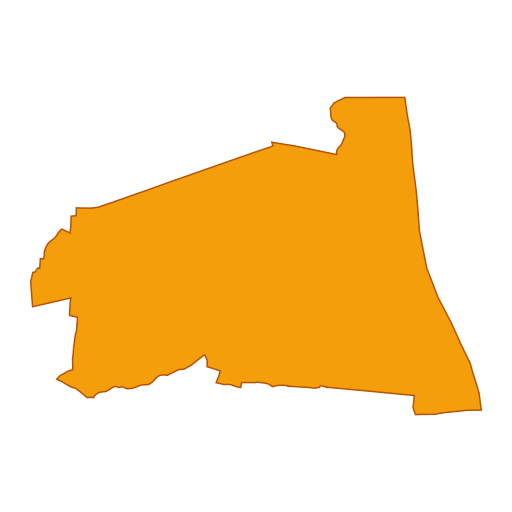 Sabanagrande, Atlántico, Colombia
{"feature_id": "7082276B21965352685989", "entity_name": "Sabanagrande", "entity_type": "district", "adm_level": 2, "iso_a3": "COL", "parent_name": "Colombia", "parent_adm1": "Atlántico", "projection": "orthographic", "projection_center": [-74.78, 10.803], "detail": "fine", "context": "isolated", "style": "filled", "palette": "amber", "viewbox_px": 512, "rotation_deg": 0, "n_neighbors": 0, "source": "geoboundaries", "source_scale": "gbopen_adm2", "svg_char_len": 5987}
<svg xmlns="http://www.w3.org/2000/svg" viewBox="0 0 512 512"><path d="M76.3,207.9L76.3,208.1L76.3,209.8L76.1,215.6L71.1,216.2L70.8,226.5L70.0,233.0L61.8,229.1L61.4,229.4L59.4,231.3L58.3,232.8L57.6,233.9L56.7,235.3L55.9,236.4L55.2,237.3L54.2,238.3L53.4,239.0L52.4,239.8L51.4,240.4L50.5,241.2L49.9,241.7L49.0,242.5L48.1,243.5L47.4,244.4L46.7,245.6L46.2,246.8L45.6,248.0L45.2,249.1L44.9,250.0L44.6,251.0L44.4,251.7L44.3,252.7L44.3,253.2L44.3,254.0L44.4,255.0L43.6,258.9L40.4,258.5L39.7,268.3L37.6,268.1L34.9,272.2L32.9,272.3L30.7,281.5L32.5,306.1L32.6,306.7L71.0,297.9L70.2,302.0L69.5,315.4L77.4,317.2L77.3,323.5L76.9,323.5L76.9,323.9L76.9,324.4L76.9,325.5L76.9,326.6L76.8,327.9L76.7,329.1L76.6,330.1L76.4,331.4L75.9,332.8L75.4,334.7L75.3,335.5L74.8,338.4L74.5,340.9L74.3,343.3L73.9,345.7L73.6,347.5L73.6,348.9L73.4,350.2L73.3,351.9L73.3,353.2L73.1,354.5L73.0,355.6L72.8,356.1L72.8,356.5L72.8,357.3L72.6,358.7L72.5,359.7L72.5,360.2L72.6,361.4L72.8,369.7L70.9,370.1L69.3,370.7L68.2,371.1L67.2,371.6L66.3,372.1L65.5,372.6L64.4,373.3L63.8,373.8L63.1,374.1L62.3,374.4L61.6,374.7L60.6,375.3L59.1,376.5L58.5,377.1L57.6,378.2L57.2,378.6L56.7,379.2L57.1,379.5L58.8,380.3L61.4,381.3L63.0,382.3L64.1,382.9L64.9,383.5L67.3,384.8L71.0,386.9L71.5,387.1L73.8,387.8L75.4,388.2L76.6,389.1L79.1,390.9L81.2,392.6L82.0,393.4L84.7,395.5L86.3,396.8L87.4,397.7L87.8,397.6L89.1,397.4L90.7,397.4L92.7,397.6L93.7,397.7L94.0,397.0L94.4,396.1L95.1,395.3L95.7,394.7L96.2,394.4L96.7,393.9L97.5,393.3L98.5,392.8L99.7,392.4L100.5,392.1L101.4,392.0L102.9,391.8L104.1,391.7L104.7,391.7L105.6,391.5L106.5,391.2L107.7,390.6L108.7,390.0L109.6,389.5L110.9,388.5L112.0,387.9L113.1,387.2L114.4,386.6L115.3,386.5L116.1,386.5L117.0,386.7L118.1,387.3L119.0,387.5L119.4,387.5L119.9,387.4L120.9,387.0L121.9,386.7L122.5,386.8L123.4,387.1L124.5,387.7L125.8,388.2L126.3,388.3L126.7,388.7L128.8,388.7L130.6,388.4L132.3,388.2L133.9,387.8L136.3,387.0L138.2,386.2L139.9,385.5L141.1,385.1L142.2,384.9L143.1,384.8L144.5,384.7L146.0,384.7L147.4,384.7L148.0,384.6L148.9,384.3L150.0,383.6L151.2,382.9L152.4,381.9L153.8,380.7L155.0,379.2L156.4,377.8L157.6,376.7L158.3,376.2L158.9,375.9L159.6,375.6L160.8,375.2L161.4,375.1L162.4,375.0L163.5,374.9L164.7,375.0L165.2,375.0L165.7,375.2L166.4,375.3L166.7,375.3L167.4,375.2L168.3,374.8L169.6,374.1L171.1,373.4L173.0,372.4L175.1,371.3L177.6,370.1L178.7,369.6L179.5,369.4L180.4,369.3L182.7,369.3L183.4,369.3L184.0,369.2L184.5,368.9L185.8,368.2L188.1,366.9L189.8,366.0L191.7,364.9L193.3,363.5L195.1,362.1L196.9,360.7L199.0,359.0L201.1,357.3L203.6,355.4L204.4,354.8L205.1,355.7L206.1,357.6L206.7,358.9L207.1,360.1L207.2,360.8L207.2,362.1L207.1,365.6L207.1,366.7L208.2,367.0L210.4,367.7L213.4,368.6L216.5,369.7L219.1,370.5L220.2,370.9L219.6,373.1L218.9,375.8L218.6,376.7L217.9,378.4L216.6,381.4L216.1,382.7L217.4,383.0L219.7,383.5L221.1,383.8L222.7,384.2L223.3,384.4L224.0,384.6L224.4,384.6L224.8,384.6L225.4,384.5L226.7,384.4L227.8,384.4L229.9,384.5L231.4,384.8L233.0,385.4L234.5,386.0L236.7,386.7L237.7,387.0L239.1,387.3L240.7,387.5L241.3,383.8L241.4,383.0L241.6,382.6L244.9,382.6L251.3,382.6L255.4,382.6L255.8,382.3L256.3,382.1L256.8,382.1L257.6,382.2L259.4,382.5L261.2,382.7L263.7,382.9L265.9,383.3L268.2,384.0L269.6,384.6L270.7,385.4L271.6,386.2L272.1,386.4L272.6,386.6L273.3,386.6L274.5,386.1L275.3,385.9L277.0,385.6L278.9,385.3L280.9,385.3L282.7,385.2L284.5,385.4L285.3,385.5L286.0,385.5L286.4,385.5L287.2,385.6L287.8,385.7L287.7,386.2L287.9,386.2L289.6,386.3L291.5,386.4L293.5,386.6L295.2,386.6L295.7,386.7L298.5,386.8L299.3,386.9L300.4,387.0L303.1,387.1L304.0,387.2L305.2,387.3L307.8,387.4L309.1,387.5L310.8,387.7L312.5,388.0L313.6,388.0L314.8,388.1L315.3,388.1L315.9,388.0L317.1,387.8L317.8,387.7L318.0,387.6L318.8,387.5L319.5,387.5L319.5,387.3L319.5,387.0L320.4,385.8L323.0,385.8L323.3,386.2L323.8,386.5L324.4,386.6L325.3,386.6L326.2,386.6L326.2,387.3L326.3,387.3L327.3,387.3L351.4,389.5L414.4,395.5L413.0,407.8L415.5,414.6L422.8,414.4L434.6,414.3L444.5,412.6L468.1,410.2L481.3,410.1L479.1,393.2L476.8,385.3L472.6,372.1L470.2,363.3L461.5,345.5L451.1,322.5L437.7,296.8L433.2,284.8L426.8,268.3L424.0,254.1L419.5,231.2L418.7,221.2L417.8,208.4L416.5,193.7L415.8,187.6L412.8,164.3L411.3,142.7L410.1,129.8L407.6,116.9L406.9,112.5L404.8,97.4L404.4,97.4L345.0,97.5L344.8,97.6L342.3,98.9L341.5,99.2L340.6,99.6L339.7,100.0L338.9,100.4L338.0,100.7L337.2,101.2L335.7,102.2L334.5,102.8L333.6,103.3L333.3,104.1L332.7,104.9L332.0,105.6L331.5,106.5L330.9,107.3L330.2,108.1L330.4,109.9L330.7,111.8L330.7,113.0L330.8,114.1L330.8,115.0L331.1,116.9L331.2,117.8L331.5,118.6L332.0,119.5L333.2,121.0L333.9,121.5L334.0,121.6L334.7,121.7L335.5,122.0L336.2,122.8L336.7,123.6L337.1,124.6L337.2,126.4L338.4,128.0L339.9,129.1L340.7,129.6L341.7,130.0L342.4,130.7L343.1,131.3L343.9,131.9L344.5,132.7L344.7,133.9L344.8,134.8L344.8,135.7L344.8,136.7L344.5,137.6L343.8,138.7L343.3,139.8L343.1,140.8L342.7,141.6L342.3,142.4L342.0,143.3L341.6,144.1L341.1,144.9L340.5,145.7L339.8,146.4L339.1,147.0L338.4,147.7L337.9,148.5L337.0,150.2L336.5,152.0L336.5,153.0L336.7,153.9L336.8,153.9L336.4,154.5L293.9,145.8L291.9,145.5L290.1,145.2L285.5,144.5L278.9,143.4L274.1,142.6L271.8,142.2L272.0,143.0L272.6,145.1L272.8,145.8L271.4,146.6L266.9,148.2L263.7,149.2L261.1,150.1L255.4,152.0L252.9,152.8L249.3,154.1L246.8,155.0L243.4,156.2L237.8,158.1L234.4,159.4L232.5,160.0L228.1,161.5L223.1,163.3L222.6,163.5L217.9,165.1L210.0,167.9L207.7,168.7L203.5,170.1L201.1,171.0L196.9,172.5L192.6,174.0L187.9,175.7L185.4,176.5L180.7,178.2L179.3,178.7L175.2,180.1L170.3,181.8L164.9,183.8L161.4,185.0L159.4,185.8L158.8,186.0L154.8,187.4L153.5,187.9L152.5,188.2L148.6,189.6L147.1,190.2L144.3,191.2L142.1,191.9L140.2,192.6L137.7,193.4L135.4,194.3L132.5,195.3L129.8,196.2L128.2,196.8L125.4,197.8L122.9,198.7L120.2,199.6L117.5,200.5L115.7,201.1L113.4,202.1L111.2,202.8L109.4,203.4L106.3,204.4L101.6,206.0L98.7,207.1L97.5,207.2L97.1,207.4L95.2,207.6L91.4,208.1L90.3,208.2L88.3,208.1L84.4,208.1L76.3,207.9Z" fill="#f59e0b" stroke="#b45309" stroke-width="1.5"/></svg>